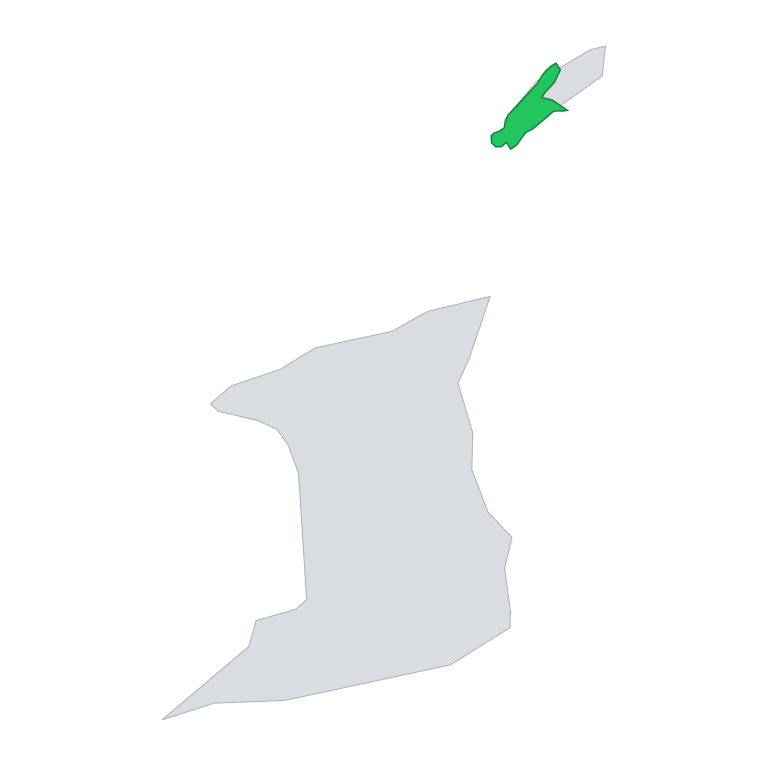 Trinidad and Tobago, with Western Tobago highlighted, rotated 350°
{"feature_id": "TTO-5090", "entity_name": "Western Tobago", "entity_type": "Region", "adm_level": 1, "iso_a3": "TTO", "parent_name": "Trinidad and Tobago", "parent_adm1": "", "projection": "natural_earth1", "projection_center": [-60.737, 11.226], "detail": "fine", "context": "in_parent", "style": "filled", "palette": "green", "viewbox_px": 768, "rotation_deg": 350, "n_neighbors": 0, "source": "natural_earth", "source_scale": "10m", "svg_char_len": 1047}
<svg xmlns="http://www.w3.org/2000/svg" viewBox="0 0 768 768"><g transform="rotate(350 384 384)"><path d="M465.8,645.8L400.7,672.1L231.3,678.3L161.1,668.8L107.2,676.2L205.3,619.0L216.9,594.9L258.5,590.3L270.4,583.1L284.3,456.9L278.9,426.8L270.7,410.2L253.8,398.3L216.0,382.0L209.7,373.3L233.4,359.3L284.4,351.6L322.4,336.5L401.1,333.5L439.2,320.1L503.7,316.2L472.0,374.2L457.1,395.8L462.9,448.0L455.6,483.4L464.1,528.1L483.3,557.5L470.8,586.4L469.0,630.2L465.8,645.8ZM568.4,158.3L546.6,162.9L549.1,144.3L587.3,112.2L645.9,90.5L660.8,89.7L652.4,118.5L568.4,158.3Z" fill="#d9dde1" stroke="#a8b0b8" stroke-width="1"/><path d="M612.1,146.3L607.0,146.2L602.2,145.1L598.4,144.9L574.2,158.9L567.1,160.9L556.3,171.6L549.5,174.7L546.7,167.3L540.7,170.7L535.1,169.7L531.8,165.1L532.7,158.0L536.1,156.0L541.7,155.0L546.9,152.6L549.1,146.5L553.1,140.5L587.0,114.9L594.3,106.7L598.4,103.2L603.5,100.2L609.1,97.8L612.2,105.3L604.3,116.4L593.2,124.8L589.2,129.2L599.3,133.8L605.1,139.5L612.1,146.3Z" fill="#22c55e" stroke="#15803d" stroke-width="1.5"/></g></svg>